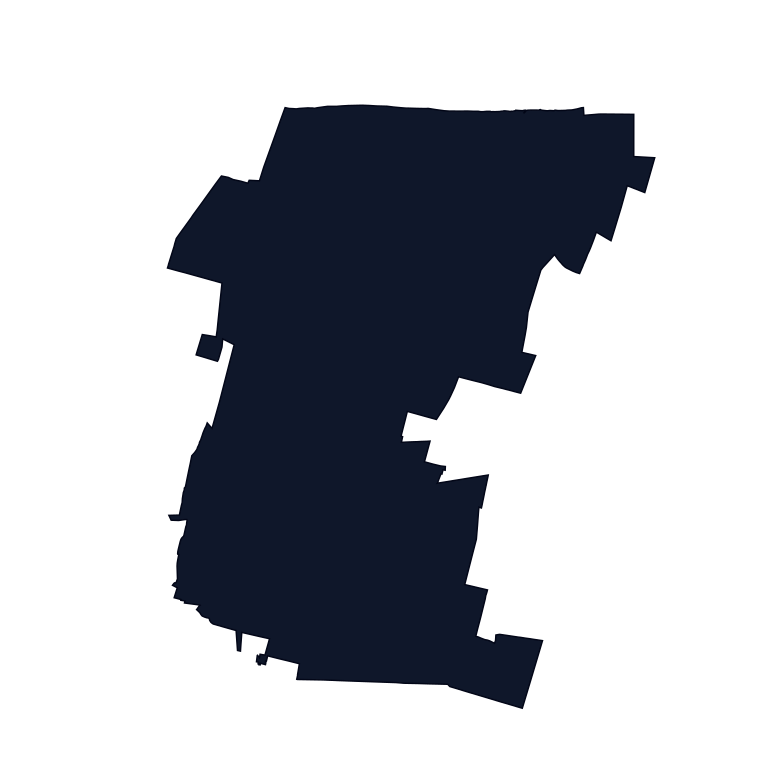 Dzidzantún, Yucatán, Mexico (orthographic projection), rotated 9°
{"feature_id": "50627088B34380918216366", "entity_name": "Dzidzantún", "entity_type": "district", "adm_level": 2, "iso_a3": "MEX", "parent_name": "Mexico", "parent_adm1": "Yucatán", "projection": "orthographic", "projection_center": [-89.022, 21.289], "detail": "fine", "context": "isolated", "style": "filled", "palette": "ink", "viewbox_px": 768, "rotation_deg": 9, "n_neighbors": 0, "source": "geoboundaries", "source_scale": "gbopen_adm2", "svg_char_len": 5450}
<svg xmlns="http://www.w3.org/2000/svg" viewBox="0 0 768 768"><g transform="rotate(9 384 384)"><path d="M611.6,154.1L613.8,136.2L616.0,118.2L607.0,119.1L595.1,120.3L593.0,107.1L588.5,78.6L583.8,79.3L575.0,80.6L569.1,81.5L556.4,83.4L553.7,83.9L550.1,84.8L539.4,87.4L537.7,79.8L535.8,80.3L531.8,82.1L526.8,83.9L522.4,84.8L520.3,85.4L513.3,86.7L510.0,86.8L509.2,87.5L505.1,87.9L502.6,88.6L501.3,88.7L496.8,88.9L495.4,88.5L494.1,89.3L491.1,89.7L487.9,90.2L484.5,90.8L482.1,91.4L481.8,91.7L481.0,92.8L480.8,93.4L480.0,94.3L479.7,94.2L480.0,93.6L480.6,92.3L480.5,91.5L479.2,91.9L478.1,92.4L474.1,92.8L471.3,93.0L471.2,93.4L468.2,94.6L466.8,94.7L466.5,95.1L463.9,95.1L461.1,95.3L459.6,95.5L458.8,95.9L457.0,96.3L455.5,96.8L451.9,97.5L450.4,97.8L449.1,97.9L448.3,98.1L447.6,98.3L446.2,98.1L442.5,98.7L439.0,99.6L437.1,99.9L434.2,99.9L429.3,100.7L423.6,101.4L415.4,102.8L411.2,103.4L406.2,104.2L400.8,104.7L392.5,104.9L384.4,104.9L382.8,105.3L379.6,105.8L373.1,106.7L364.5,107.8L362.4,108.1L358.9,108.4L349.6,109.0L343.5,109.2L332.8,110.6L326.4,111.2L318.8,112.1L305.1,114.6L297.8,116.2L294.1,117.1L284.8,118.6L275.2,121.5L272.2,122.6L270.3,122.6L268.4,122.9L265.7,123.2L261.7,124.1L257.2,125.1L254.3,126.0L251.9,126.2L247.1,126.7L243.1,126.5L240.4,140.4L237.9,153.9L231.3,188.6L229.2,202.8L219.0,203.9L218.1,207.0L210.7,206.1L203.1,205.7L197.9,204.3L190.9,204.0L186.2,213.0L174.2,236.8L168.8,247.3L167.6,250.0L158.3,268.3L156.1,272.8L155.8,275.2L155.4,278.1L155.2,280.8L153.6,291.7L152.9,296.7L152.5,299.1L152.4,300.7L152.0,303.3L163.7,304.6L169.9,305.2L182.1,306.6L188.3,307.3L195.9,308.2L208.2,309.6L210.3,348.0L210.8,356.5L210.9,363.7L203.6,363.6L196.8,363.6L194.8,378.0L194.5,380.1L193.9,384.6L215.9,387.6L216.6,385.7L218.2,372.9L217.6,364.7L229.9,368.6L224.3,427.6L221.1,454.8L215.5,450.1L214.8,453.8L214.1,455.7L213.0,460.2L212.2,465.2L212.0,466.0L211.8,467.7L210.9,470.4L210.9,471.8L210.2,474.5L209.8,475.5L209.5,477.6L209.0,478.8L207.7,481.4L205.4,484.9L205.3,487.1L205.1,492.8L204.8,498.2L204.8,498.3L204.7,500.3L204.3,509.1L204.1,514.4L203.9,516.9L203.1,518.0L203.3,519.9L202.8,522.6L202.8,524.7L202.8,528.7L203.2,532.6L203.1,533.7L202.9,535.6L202.4,545.5L195.3,546.8L192.1,547.4L195.1,551.8L202.6,550.9L208.6,549.0L210.4,548.7L210.9,549.6L210.8,551.6L211.0,554.1L210.6,556.0L210.3,561.2L210.1,564.4L209.9,565.6L208.5,567.5L207.8,569.0L207.4,571.4L206.8,578.4L206.6,581.4L206.7,583.7L207.0,584.4L208.0,584.5L207.8,590.2L207.8,593.3L208.1,596.2L210.5,608.8L209.7,612.8L208.2,613.2L207.6,614.0L206.6,615.9L211.7,617.6L210.2,627.9L217.2,628.6L217.2,629.4L221.3,629.4L221.2,631.5L236.3,631.1L236.9,631.3L236.3,632.0L234.2,636.2L235.2,636.7L235.9,637.3L237.7,638.5L239.4,640.4L240.6,641.5L241.2,641.7L243.5,642.3L245.5,642.6L246.7,642.6L247.7,642.7L248.1,643.0L248.8,644.7L250.3,646.4L251.3,647.0L252.7,647.7L253.9,647.9L269.7,649.8L276.5,650.6L281.0,670.1L284.0,670.3L283.4,663.6L282.4,651.6L301.2,652.9L310.8,653.5L310.2,658.8L309.4,665.4L309.3,666.5L308.8,670.4L303.9,670.3L303.8,673.8L301.5,671.7L301.3,671.9L301.5,678.3L303.3,678.3L303.4,679.9L304.3,679.5L304.3,680.8L305.6,680.8L305.7,679.2L310.8,679.7L310.9,677.9L310.4,677.8L310.4,676.4L310.6,676.4L310.6,675.9L311.2,676.0L311.6,670.7L324.1,671.8L333.0,672.5L344.2,673.5L344.1,684.2L344.3,684.2L344.0,689.3L344.5,689.4L370.1,685.8L376.9,685.0L380.1,684.6L385.4,684.0L391.1,683.3L394.5,682.9L398.6,682.4L415.8,680.3L435.3,677.9L442.6,677.0L450.5,676.4L464.2,674.5L476.0,673.0L484.1,671.9L493.9,670.6L496.3,672.5L516.6,675.3L549.9,679.8L571.3,682.6L575.4,652.4L580.7,612.7L571.8,612.8L568.0,612.8L563.5,612.9L561.9,612.9L558.3,612.9L556.4,613.0L545.4,613.1L544.7,613.1L537.4,613.2L535.8,613.7L533.8,614.4L534.3,619.9L533.7,622.8L528.6,621.2L526.4,620.8L523.5,620.7L519.3,619.8L516.6,619.1L514.1,618.8L514.8,610.7L515.8,601.1L516.1,597.8L517.6,580.2L517.6,577.1L518.1,574.2L518.4,571.2L509.9,570.6L502.1,570.0L495.1,569.5L496.8,551.1L498.0,538.3L499.5,522.9L498.5,509.6L498.4,508.4L497.7,500.0L497.3,495.1L497.0,490.8L499.6,491.2L499.8,487.9L499.9,484.5L500.0,482.9L500.1,480.7L500.2,478.2L500.3,475.0L500.5,472.0L500.6,469.2L500.7,468.4L500.8,465.4L501.2,458.3L501.2,458.1L501.2,457.9L501.2,457.6L495.0,459.6L492.3,460.5L479.8,464.6L473.5,466.7L467.3,468.7L462.2,470.4L454.5,472.9L452.2,473.7L452.3,473.5L453.1,469.4L453.5,467.6L454.3,463.8L455.3,463.9L455.7,459.5L457.9,459.6L457.5,455.9L452.8,456.1L445.1,455.5L436.9,454.6L436.1,454.6L437.5,441.6L438.4,433.2L435.3,433.9L428.6,435.2L425.9,435.8L423.2,436.3L417.1,437.5L410.9,438.8L410.3,438.9L410.6,433.1L409.0,432.9L409.7,425.0L410.5,416.6L411.3,407.4L414.9,407.8L420.3,408.4L429.7,409.5L441.3,410.8L446.8,398.4L450.4,389.2L451.7,385.1L454.1,376.6L456.5,365.2L467.8,366.3L469.9,366.5L480.3,367.4L486.8,368.2L488.9,368.5L493.6,369.2L501.1,369.8L520.4,371.7L529.4,332.2L527.7,332.1L515.2,331.2L515.3,326.7L515.7,313.9L515.8,305.9L515.1,292.6L515.0,290.4L515.8,284.7L516.9,276.7L518.3,266.7L519.2,260.3L521.1,247.0L522.6,244.2L523.5,242.8L524.9,240.7L532.2,229.5L532.5,229.8L535.6,233.0L536.8,234.1L538.5,235.6L539.3,236.2L539.7,236.5L540.8,237.5L542.3,238.7L544.8,240.3L546.3,240.9L553.0,243.0L553.5,243.1L556.4,243.8L559.9,244.3L562.0,236.1L562.2,234.8L563.0,231.9L563.6,229.6L564.4,225.9L564.7,224.3L565.9,220.3L566.7,217.1L568.4,209.2L569.7,202.2L570.0,200.9L570.6,201.0L577.9,203.9L580.9,205.1L585.8,207.0L587.5,195.1L589.8,178.4L590.6,172.7L591.7,163.2L593.2,150.1L611.6,154.1Z" fill="#0f172a" stroke="#020617" stroke-width="1.5"/></g></svg>